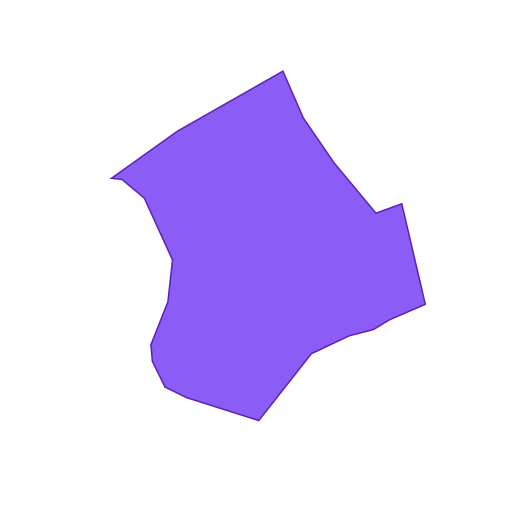 Seongdong-gu, Seoul, South Korea, rotated 220°
{"feature_id": "91817680B63185877293812", "entity_name": "Seongdong-gu", "entity_type": "district", "adm_level": 2, "iso_a3": "KOR", "parent_name": "South Korea", "parent_adm1": "Seoul", "projection": "orthographic", "projection_center": [127.043, 37.542], "detail": "fine", "context": "isolated", "style": "filled", "palette": "violet", "viewbox_px": 512, "rotation_deg": 220, "n_neighbors": 0, "source": "geoboundaries", "source_scale": "gbopen_adm2", "svg_char_len": 445}
<svg xmlns="http://www.w3.org/2000/svg" viewBox="0 0 512 512"><g transform="rotate(220 256 256)"><path d="M354.2,414.9L396.3,301.5L416.7,222.6L407.9,228.5L378.7,228.5L317.4,199.3L294.0,164.2L279.4,120.4L267.7,108.7L241.4,97.1L218.0,102.9L148.1,131.7L150.8,216.8L133.3,254.8L118.7,275.3L112.8,292.8L95.3,327.8L102.8,333.5L177.9,389.7L191.7,365.9L256.0,377.5L308.6,392.2L354.2,414.9Z" fill="#8b5cf6" stroke="#5b21b6" stroke-width="1.5"/></g></svg>